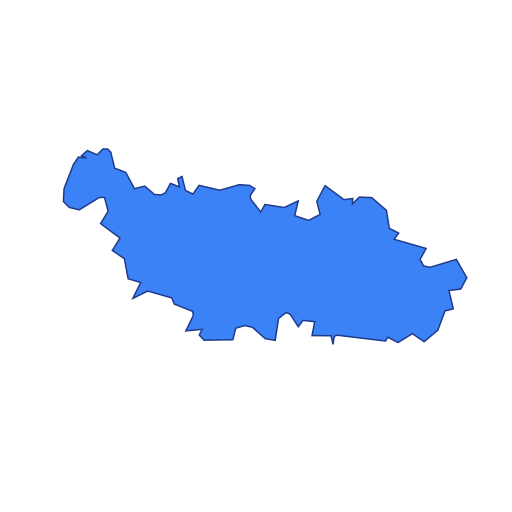 SVG path tracing the border of Walloon Brabant, rotated 22°
{"feature_id": "BEL-3482", "entity_name": "Walloon Brabant", "entity_type": "Province", "adm_level": 1, "iso_a3": "BEL", "parent_name": "Belgium", "parent_adm1": "", "projection": "orthographic", "projection_center": [4.525, 50.668], "detail": "fine", "context": "isolated", "style": "filled", "palette": "blue", "viewbox_px": 512, "rotation_deg": 22, "n_neighbors": 0, "source": "natural_earth", "source_scale": "10m", "svg_char_len": 1400}
<svg xmlns="http://www.w3.org/2000/svg" viewBox="0 0 512 512"><g transform="rotate(22 256 256)"><path d="M56.7,228.4L60.1,221.4L70.8,221.7L74.0,214.1L78.4,212.4L82.5,214.2L92.0,227.5L103.9,227.3L118.1,239.1L126.7,232.9L138.8,237.0L145.3,234.9L148.3,231.3L149.5,220.7L159.1,220.6L154.4,213.6L157.6,210.0L166.0,221.6L174.3,222.2L176.8,211.8L197.9,208.5L213.8,196.1L223.4,193.0L229.8,194.0L227.9,202.0L230.0,205.4L244.0,213.5L245.0,204.9L264.1,200.4L274.5,189.1L276.8,204.1L291.4,203.3L299.9,193.4L291.9,182.6L293.7,164.9L316.5,170.8L324.2,166.4L325.9,171.6L329.7,162.7L341.4,158.5L359.8,164.8L369.2,180.4L379.7,181.3L377.8,188.8L410.9,185.3L409.4,197.7L415.0,202.4L421.6,201.3L443.0,184.1L459.6,197.2L458.2,210.0L447.8,215.7L458.7,231.1L451.8,236.1L452.4,256.6L444.0,272.5L430.1,269.4L420.1,283.0L408.5,282.0L408.0,286.3L361.0,299.0L358.7,301.1L360.5,309.1L355.5,301.8L337.8,308.8L335.0,294.9L323.7,298.1L321.7,305.7L309.4,297.1L305.1,297.2L300.3,305.4L305.4,327.0L295.6,329.2L279.5,323.5L271.8,324.6L264.3,330.5L265.9,342.3L239.4,353.5L233.0,350.6L233.5,344.2L219.0,351.7L220.2,334.7L218.1,331.1L198.3,331.2L193.7,326.4L168.7,329.1L157.7,341.4L159.0,323.8L146.0,325.0L135.0,307.8L120.7,304.7L123.2,290.3L99.8,284.2L102.1,269.8L93.6,258.5L88.8,260.4L74.9,279.4L64.7,280.9L57.0,277.6L52.8,265.4L52.4,239.8L54.2,230.9L62.2,228.6L56.7,228.4Z" fill="#3b82f6" stroke="#1e3a8a" stroke-width="1.5"/></g></svg>